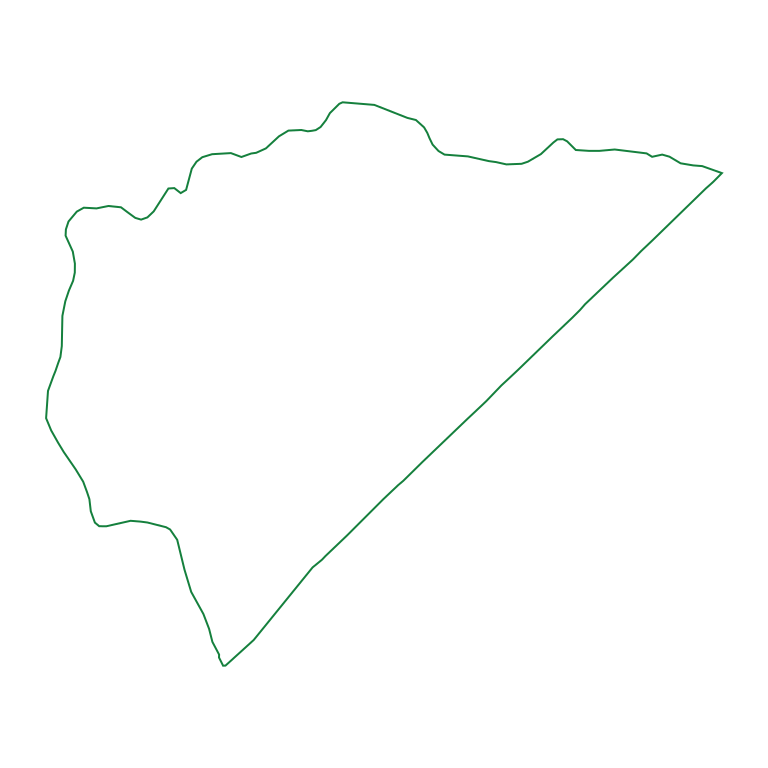 San Jerónimo, Baja Verapaz, Guatemala
{"feature_id": "79465075B29506691541664", "entity_name": "San Jerónimo", "entity_type": "district", "adm_level": 2, "iso_a3": "GTM", "parent_name": "Guatemala", "parent_adm1": "Baja Verapaz", "projection": "equal_earth", "projection_center": [-90.197, 15.052], "detail": "fine", "context": "isolated", "style": "outline", "palette": "green", "viewbox_px": 768, "rotation_deg": 0, "n_neighbors": 0, "source": "geoboundaries", "source_scale": "gbopen_adm2", "svg_char_len": 1764}
<svg xmlns="http://www.w3.org/2000/svg" viewBox="0 0 768 768"><path d="M709.2,185.5L713.4,181.7L721.9,173.1L702.2,166.1L693.2,165.4L680.6,163.3L669.5,156.7L662.2,154.6L652.1,156.8L646.6,153.4L614.7,149.5L599.0,150.9L589.5,150.9L575.8,150.0L567.1,141.3L563.1,139.2L557.4,139.4L553.4,142.5L540.9,154.1L527.9,161.7L521.6,163.8L506.4,164.4L496.1,162.1L488.8,161.1L467.9,156.4L444.5,154.6L438.5,151.0L432.6,144.6L429.5,138.2L427.3,132.9L424.1,127.4L415.9,120.0L407.4,117.9L374.3,104.9L342.6,102.3L339.3,103.8L329.9,113.1L326.0,120.1L320.6,127.0L315.8,130.1L311.9,130.8L307.8,131.3L301.3,130.0L288.4,130.6L279.0,136.3L265.9,148.4L256.2,152.8L251.2,153.5L241.4,157.0L230.9,153.1L212.1,154.2L202.3,157.2L196.5,161.7L191.8,168.6L186.1,189.9L180.7,193.1L174.3,188.1L168.4,188.5L153.7,211.4L147.4,217.4L141.1,219.6L135.3,217.9L130.5,214.4L127.1,211.9L121.0,207.3L108.4,206.0L96.5,208.4L83.8,207.7L76.8,211.6L68.5,221.5L65.9,229.4L65.6,235.7L72.8,251.6L74.9,263.6L74.8,272.6L73.1,280.8L68.9,290.6L65.3,301.3L62.4,315.9L61.8,346.1L60.4,357.0L58.3,362.7L55.5,370.9L53.4,376.1L50.8,383.2L48.0,390.9L46.1,418.2L51.2,430.5L58.1,442.7L63.8,452.1L75.7,469.4L83.2,481.7L87.0,492.0L89.4,499.2L90.8,511.3L94.9,522.6L99.2,526.2L106.2,526.3L130.6,520.8L140.5,521.6L147.4,522.5L166.0,527.2L170.1,529.5L177.2,539.8L184.5,569.7L187.6,580.0L191.2,591.9L203.4,614.0L209.1,628.9L212.4,641.9L219.1,654.6L219.0,657.5L223.1,665.7L225.5,665.6L253.7,640.0L312.6,567.4L322.0,559.7L325.6,555.9L347.0,535.5L383.4,499.1L398.3,485.0L403.2,480.9L422.5,461.9L467.1,419.2L482.0,405.2L486.4,401.0L501.3,385.5L509.6,377.8L517.8,370.1L552.5,336.5L572.4,317.6L580.1,309.9L585.1,304.2L613.1,277.6L633.0,259.4L641.2,251.0L652.3,240.5L706.0,188.3L709.2,185.5Z" fill="none" stroke="#15803d" stroke-width="2"/></svg>